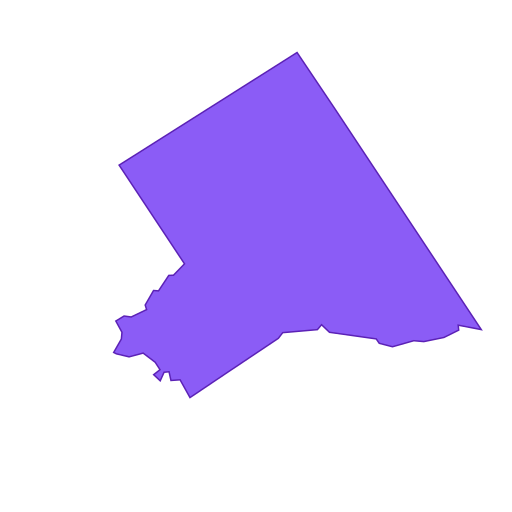 the district of Warren, New York, United States of America, rotated 64°
{"feature_id": "52423323B25656019308328", "entity_name": "Warren", "entity_type": "district", "adm_level": 2, "iso_a3": "USA", "parent_name": "United States of America", "parent_adm1": "New York", "projection": "mercator", "projection_center": [-73.717, 43.513], "detail": "fine", "context": "isolated", "style": "filled", "palette": "violet", "viewbox_px": 512, "rotation_deg": 64, "n_neighbors": 0, "source": "geoboundaries", "source_scale": "gbopen_adm2", "svg_char_len": 696}
<svg xmlns="http://www.w3.org/2000/svg" viewBox="0 0 512 512"><g transform="rotate(64 256 256)"><path d="M158.1,120.6L91.1,129.9L114.3,339.2L231.7,323.7L237.1,338.6L235.2,342.9L244.6,358.9L242.1,363.2L251.5,377.1L256.2,377.8L256.1,394.9L252.1,400.9L253.0,410.5L265.8,409.9L271.6,413.4L280.3,426.2L282.7,424.4L291.0,414.3L293.8,400.0L307.3,393.2L316.1,392.1L317.8,400.0L326.2,396.8L320.2,389.6L321.9,384.9L330.6,387.0L334.0,378.5L354.3,377.4L348.0,332.1L339.8,272.0L336.6,265.6L349.1,233.1L346.5,227.2L356.8,223.4L383.2,184.3L388.5,183.5L397.4,173.1L401.3,151.3L406.5,142.7L411.6,122.8L411.5,106.3L406.8,104.6L420.9,85.8L158.1,120.6Z" fill="#8b5cf6" stroke="#5b21b6" stroke-width="1.5"/></g></svg>